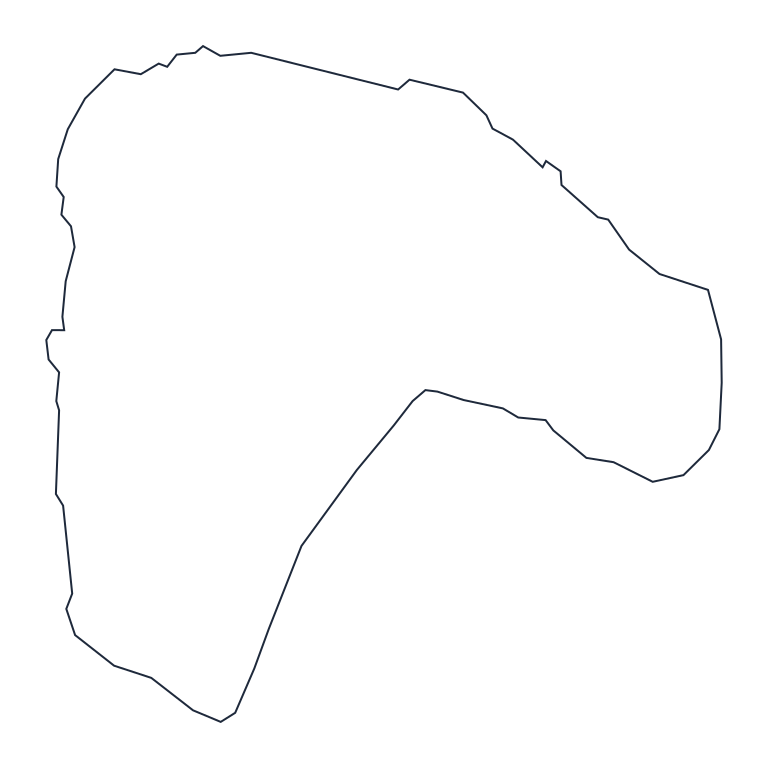 the district of Fono, Federated States of Micronesia
{"feature_id": "79324940B33522966184784", "entity_name": "Fono", "entity_type": "district", "adm_level": 2, "iso_a3": "FSM", "parent_name": "Federated States of Micronesia", "parent_adm1": "", "projection": "equal_earth", "projection_center": [151.881, 7.484], "detail": "fine", "context": "isolated", "style": "outline", "palette": "slate", "viewbox_px": 768, "rotation_deg": 0, "n_neighbors": 0, "source": "geoboundaries", "source_scale": "gbopen_adm2", "svg_char_len": 967}
<svg xmlns="http://www.w3.org/2000/svg" viewBox="0 0 768 768"><path d="M46.3,340.0L48.6,359.5L59.1,372.4L56.3,401.1L59.1,410.3L55.9,494.0L63.1,505.6L72.2,593.6L66.3,608.9L75.1,635.1L114.1,665.7L151.3,677.9L193.0,710.3L220.7,721.9L235.2,712.8L254.3,668.5L268.8,628.9L301.5,545.9L356.9,469.9L393.8,425.4L412.6,401.1L425.4,390.1L437.4,391.6L463.5,400.0L502.9,408.4L518.2,417.5L545.6,420.1L553.3,430.4L586.4,457.9L613.6,462.2L652.7,481.8L683.5,475.1L708.9,450.0L719.4,429.2L721.7,382.8L721.1,339.4L708.0,289.9L659.5,274.0L629.1,249.6L608.2,219.6L597.8,217.2L561.5,185.0L560.6,171.3L546.0,161.0L542.6,167.3L512.9,139.6L492.5,128.6L486.4,115.3L463.0,92.6L409.5,79.7L398.1,89.5L251.2,52.8L220.3,55.8L203.0,46.1L195.3,52.8L176.7,54.6L167.2,66.8L158.7,63.6L140.8,74.2L114.5,69.3L85.0,98.6L67.8,129.2L58.2,159.1L56.4,186.6L63.7,197.0L61.4,214.7L71.0,226.3L74.6,247.1L65.7,281.2L62.4,316.8L64.2,330.2L52.0,330.1L46.3,340.0Z" fill="none" stroke="#1e293b" stroke-width="2"/></svg>